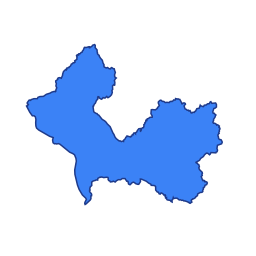 outline of Mahakam Hulu, Kalimantan Timur, Indonesia, rotated 164°
{"feature_id": "22746128B30313932055345", "entity_name": "Mahakam Hulu", "entity_type": "district", "adm_level": 2, "iso_a3": "IDN", "parent_name": "Indonesia", "parent_adm1": "Kalimantan Timur", "projection": "robinson", "projection_center": [114.588, 0.666], "detail": "fine", "context": "isolated", "style": "filled", "palette": "blue", "viewbox_px": 256, "rotation_deg": 164, "n_neighbors": 0, "source": "geoboundaries", "source_scale": "gbopen_adm2", "svg_char_len": 5810}
<svg xmlns="http://www.w3.org/2000/svg" viewBox="0 0 256 256"><g transform="rotate(164 128 128)"><path d="M171.9,201.4L174.4,200.1L176.0,197.8L176.3,196.8L178.4,194.2L179.6,195.2L181.2,195.4L182.1,194.8L182.1,194.1L184.5,193.2L184.8,192.1L184.6,190.5L185.7,188.3L185.4,186.3L186.8,184.5L187.4,183.1L187.9,182.9L188.6,183.5L191.5,183.5L193.2,183.0L197.2,182.9L200.6,181.7L204.0,182.5L206.1,182.3L207.1,181.2L210.2,182.1L213.3,182.0L214.0,181.4L214.8,182.0L215.5,182.0L217.9,180.1L218.1,179.1L217.3,178.2L218.3,177.2L218.4,177.4L219.5,177.1L218.1,170.3L216.6,166.1L214.9,165.6L214.0,164.3L214.2,161.5L215.3,158.5L216.0,155.3L215.9,153.1L214.4,150.7L205.6,141.6L202.5,139.4L203.8,137.3L204.1,134.5L203.1,133.1L201.6,132.8L201.0,132.3L199.2,132.2L198.0,131.3L190.7,120.8L188.2,118.7L186.8,117.0L186.4,113.2L186.8,110.4L190.8,102.3L191.8,98.0L192.3,87.1L191.9,82.3L190.3,76.2L188.0,72.3L187.7,70.8L189.9,68.4L190.4,67.2L190.3,66.3L189.2,66.6L184.1,69.2L183.1,70.3L182.5,72.7L182.3,73.0L181.7,72.9L181.3,73.8L181.3,75.1L182.1,76.4L182.4,78.1L181.5,78.8L181.7,79.8L180.5,81.8L178.7,82.7L177.8,86.0L175.9,86.7L173.8,86.6L173.0,86.9L171.5,86.3L170.9,87.9L168.3,88.5L167.8,88.1L166.8,88.2L165.0,87.0L162.3,86.6L160.9,86.0L160.8,85.3L161.3,83.9L161.0,82.8L160.2,82.3L159.8,81.0L157.8,80.7L156.9,81.0L155.2,79.6L153.6,80.5L151.5,81.0L149.4,80.3L147.5,81.0L144.8,80.2L143.9,77.2L143.0,77.0L142.8,76.7L142.9,74.0L141.9,73.0L141.5,72.9L139.3,74.2L137.9,74.5L137.0,73.9L135.9,72.3L134.2,71.2L133.2,70.9L130.8,73.0L130.2,75.5L129.1,75.1L125.1,71.8L123.3,69.3L121.5,67.6L121.5,66.5L118.7,65.5L117.8,64.6L117.6,64.1L118.5,60.7L117.5,58.4L116.5,57.9L116.2,56.1L115.9,55.9L115.1,55.6L114.5,56.3L113.6,56.3L111.9,54.1L111.9,53.5L110.6,53.3L110.5,52.8L111.2,51.9L110.9,51.5L111.2,50.4L110.9,50.1L110.2,50.3L110.5,49.1L110.1,48.1L107.3,46.7L106.9,45.5L106.0,44.7L105.6,46.6L104.7,46.9L103.7,48.6L103.6,47.9L103.1,47.6L101.3,47.4L100.1,46.9L98.6,44.7L97.6,44.7L96.3,43.6L95.2,43.5L94.3,42.4L93.5,42.3L90.8,40.4L90.5,39.8L89.8,39.7L89.6,38.9L89.0,38.5L87.1,39.2L87.3,39.4L87.3,40.7L86.6,41.6L86.1,41.5L85.5,41.6L85.2,42.1L84.2,41.9L82.3,42.5L81.8,43.2L79.9,43.8L79.2,45.4L76.5,46.1L74.6,45.8L73.6,46.3L73.5,47.3L72.2,48.7L72.2,49.6L70.6,50.3L69.8,51.7L68.0,51.9L66.9,53.3L67.2,54.5L67.9,54.7L68.2,55.2L69.1,55.3L69.0,56.3L69.7,56.9L70.4,56.7L70.7,57.4L71.0,61.2L69.7,61.9L69.7,63.3L69.0,63.8L68.9,65.0L70.8,68.4L70.9,70.3L70.1,71.0L70.0,73.1L70.7,73.8L71.1,75.0L72.0,75.6L72.1,76.3L68.2,77.2L66.6,78.7L63.4,79.8L61.8,81.2L59.6,82.2L58.3,81.7L57.0,79.8L56.2,80.2L55.0,81.5L50.4,79.9L50.0,80.5L49.0,80.6L48.2,81.6L48.0,82.8L48.2,83.6L46.8,86.7L42.4,87.0L41.4,88.2L41.3,89.1L41.8,91.1L43.1,91.7L43.8,92.8L43.5,95.1L43.7,95.5L43.5,96.5L42.6,97.4L41.9,97.7L42.1,98.4L41.0,99.7L40.9,100.7L39.8,101.8L39.9,103.3L40.4,103.4L40.4,103.9L39.7,104.7L40.6,106.0L41.4,106.6L41.9,106.4L42.4,107.8L43.4,108.7L44.5,109.0L44.8,109.8L44.3,111.0L43.7,111.5L43.3,112.8L41.3,114.5L40.7,115.6L40.0,116.1L39.9,116.4L41.0,117.8L41.0,118.3L42.0,118.7L42.1,120.1L40.1,123.1L38.7,123.1L37.2,123.8L36.5,126.3L36.9,127.9L40.6,128.6L41.1,130.5L41.8,130.4L43.1,129.0L45.0,129.3L46.4,128.6L48.4,128.9L49.5,127.8L50.2,128.0L51.6,129.1L52.0,129.1L52.3,130.0L54.1,127.4L56.5,127.6L58.5,125.5L59.1,125.5L60.0,124.7L61.1,125.3L62.0,124.9L63.0,125.0L63.3,125.4L63.3,126.7L63.6,127.6L64.3,127.4L64.9,127.7L64.9,128.4L66.2,128.7L66.7,129.7L67.9,130.7L68.0,133.5L67.7,134.1L66.2,135.0L66.2,135.8L67.0,136.6L68.0,136.8L69.0,136.3L69.6,136.5L69.5,137.3L70.3,141.2L71.1,141.5L71.8,142.2L72.6,142.2L73.1,142.7L73.8,142.7L74.2,143.1L74.7,142.0L75.3,141.9L76.3,142.4L77.3,141.7L78.5,141.3L79.1,141.8L80.3,141.8L81.3,141.1L83.7,142.0L85.2,142.2L86.3,143.7L87.6,144.1L88.6,145.6L89.4,145.8L91.4,144.9L91.8,144.4L92.0,143.3L91.7,140.9L94.1,139.4L94.3,138.8L96.7,137.9L99.8,139.1L100.6,139.1L102.0,135.5L101.4,132.8L101.8,131.7L103.9,132.2L105.8,131.5L107.0,131.5L107.8,130.2L108.2,130.7L108.6,130.6L109.4,128.9L110.3,128.5L110.6,127.5L111.9,126.8L112.1,125.5L113.0,124.1L114.1,124.2L115.2,123.6L116.2,121.8L116.9,121.5L117.0,121.9L115.7,123.0L115.9,124.0L117.8,124.3L119.6,123.1L120.8,121.7L122.2,121.3L122.4,120.5L122.9,121.4L123.7,121.6L124.9,120.6L124.9,120.1L125.8,120.3L127.0,118.9L127.6,119.2L128.1,118.7L131.1,120.6L131.3,120.1L132.6,119.7L133.8,118.3L135.5,117.5L136.0,116.3L136.8,116.9L138.2,116.8L139.2,117.9L140.0,117.9L142.2,120.9L143.0,123.0L143.3,125.8L143.8,127.2L144.8,134.2L146.8,137.7L147.5,139.7L148.4,141.2L150.5,143.5L152.5,148.4L153.4,149.2L153.8,150.4L154.5,150.7L156.1,152.4L156.4,153.3L155.7,158.4L155.3,158.8L155.0,158.6L153.9,160.1L152.5,160.9L150.9,163.0L148.9,164.3L149.0,165.2L148.2,166.4L147.5,166.2L147.2,164.6L145.7,163.0L144.4,163.3L143.6,164.1L141.9,163.1L139.7,164.2L139.2,162.8L138.6,162.7L136.5,163.4L134.7,164.5L133.3,166.5L133.1,168.5L132.1,169.3L131.3,172.7L129.7,173.6L129.3,172.9L128.9,173.0L128.0,175.7L128.1,177.2L126.6,178.8L125.5,179.3L126.7,180.9L126.2,182.9L124.8,185.0L125.0,186.2L124.9,188.7L125.6,188.9L127.0,190.6L127.7,190.5L128.5,189.7L129.2,189.9L129.9,190.3L131.0,191.8L132.4,191.7L134.1,193.3L134.1,194.5L133.6,195.1L134.1,197.5L134.0,200.2L135.2,202.7L135.8,204.8L135.7,205.8L136.5,206.8L136.9,207.9L136.6,208.5L136.7,209.6L136.2,211.6L137.4,214.3L136.7,216.5L137.1,217.4L139.3,217.3L140.4,216.3L141.9,216.2L142.6,215.6L143.1,215.9L142.8,216.8L143.1,216.9L146.3,216.9L147.2,217.5L147.8,217.4L149.7,215.0L150.5,214.6L151.3,213.5L152.3,213.5L153.6,212.6L154.8,212.9L155.4,211.8L156.1,212.4L156.9,212.2L157.0,211.8L157.3,212.0L157.6,211.7L157.4,210.1L157.8,209.7L158.2,208.1L160.7,207.3L160.7,206.0L161.9,205.5L162.7,205.9L163.7,205.1L164.8,205.1L166.2,203.4L167.4,203.0L168.0,202.4L168.5,202.7L169.2,202.3L170.2,202.5L170.8,201.8L170.7,201.3L171.3,200.8L171.9,201.4Z" fill="#3b82f6" stroke="#1e3a8a" stroke-width="1.5"/></g></svg>